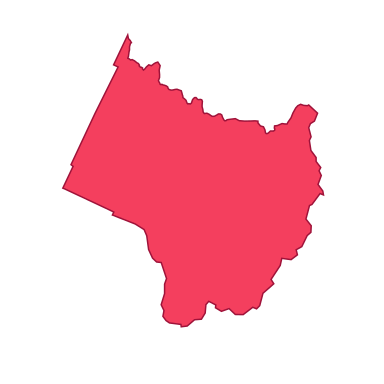 the district of Grand, Colorado, United States of America, rotated 25°
{"feature_id": "52423323B77546934946548", "entity_name": "Grand", "entity_type": "district", "adm_level": 2, "iso_a3": "USA", "parent_name": "United States of America", "parent_adm1": "Colorado", "projection": "equal_earth", "projection_center": [-106.159, 40.085], "detail": "fine", "context": "isolated", "style": "filled", "palette": "rose", "viewbox_px": 384, "rotation_deg": 25, "n_neighbors": 0, "source": "geoboundaries", "source_scale": "gbopen_adm2", "svg_char_len": 2532}
<svg xmlns="http://www.w3.org/2000/svg" viewBox="0 0 384 384"><g transform="rotate(25 192 192)"><path d="M67.4,76.9L67.2,109.9L72.2,109.9L70.9,161.8L70.8,218.4L73.4,219.0L73.3,243.1L75.2,243.0L120.0,243.1L129.6,243.2L129.6,246.5L154.1,245.0L164.5,246.3L169.5,250.8L177.0,262.5L184.2,268.6L189.5,270.4L193.9,268.9L205.5,281.2L206.1,287.1L210.1,295.7L211.7,307.2L216.7,311.3L218.2,317.0L222.8,319.5L226.9,320.2L237.9,316.7L239.2,318.7L244.3,315.5L248.3,306.7L254.3,303.3L255.1,296.1L252.2,288.2L253.4,284.0L261.3,284.3L262.2,287.0L269.1,287.7L274.9,282.0L283.0,284.7L290.2,281.5L295.8,270.8L299.9,270.6L301.4,266.4L299.1,253.8L304.9,240.6L300.6,237.8L303.0,221.3L301.4,214.2L310.4,211.4L314.1,204.4L310.8,200.3L314.6,195.1L314.8,182.8L316.8,178.3L314.3,172.2L306.7,168.4L304.2,154.6L306.0,152.6L308.7,139.3L312.4,139.1L310.1,135.8L303.0,131.9L302.2,122.4L298.2,119.1L298.3,115.4L291.6,111.9L289.9,108.3L282.2,104.1L276.6,95.7L276.6,91.7L270.6,84.4L270.4,80.0L273.0,76.0L272.5,67.5L261.0,63.8L260.1,65.0L256.6,66.3L253.4,66.6L251.4,69.1L250.5,72.0L250.1,77.8L250.4,82.8L249.5,88.0L249.4,90.2L247.4,91.1L244.7,91.9L241.3,95.7L238.9,97.2L239.6,99.3L240.4,99.8L240.8,101.1L240.1,102.3L237.3,103.6L236.4,105.9L235.8,107.0L234.6,107.7L233.6,107.3L231.8,104.8L229.2,102.7L226.1,103.2L222.6,101.5L221.8,99.9L219.0,100.9L215.9,102.5L210.0,105.4L204.7,107.4L200.3,107.2L196.1,109.8L193.2,111.7L192.8,112.8L191.7,113.6L190.6,113.3L188.2,111.5L186.4,109.6L184.8,109.3L182.9,110.1L182.1,111.5L180.2,114.0L178.2,114.9L176.7,114.7L174.6,114.3L172.2,114.3L170.0,115.7L168.3,114.8L167.0,112.7L165.1,110.4L164.4,108.9L163.6,106.8L163.1,105.4L161.8,104.3L160.3,104.6L159.3,105.3L158.6,105.6L157.6,105.6L156.6,105.0L155.7,104.7L154.4,105.4L153.8,106.8L153.5,108.3L153.8,110.7L153.9,111.7L153.2,113.0L151.7,113.3L151.1,113.9L150.2,113.7L149.2,112.8L147.8,111.4L145.7,110.7L143.9,110.3L143.2,109.0L142.2,108.0L141.0,106.5L139.5,104.8L137.3,105.0L135.0,105.2L133.3,106.2L131.6,107.6L130.0,108.5L127.9,108.8L126.7,108.3L125.5,107.0L123.7,106.7L121.7,106.9L120.7,107.2L119.2,107.1L118.6,107.8L117.7,107.9L116.9,107.1L114.6,105.4L114.2,101.9L113.0,99.3L110.8,95.5L109.7,90.9L106.1,88.7L104.6,90.1L103.5,91.5L101.8,94.7L99.1,95.0L97.8,97.9L97.2,100.5L96.5,102.0L95.1,101.4L94.8,100.5L93.4,100.3L92.5,100.7L90.8,100.0L90.8,99.3L89.1,98.2L87.7,98.2L84.5,97.4L81.8,97.3L80.6,98.3L78.3,97.8L77.4,98.0L77.1,97.1L77.1,96.0L75.7,91.6L75.3,89.6L74.0,86.8L73.4,83.2L74.0,82.3L72.1,80.9L69.5,79.8L67.4,76.9Z" fill="#f43f5e" stroke="#9f1239" stroke-width="1.5"/></g></svg>